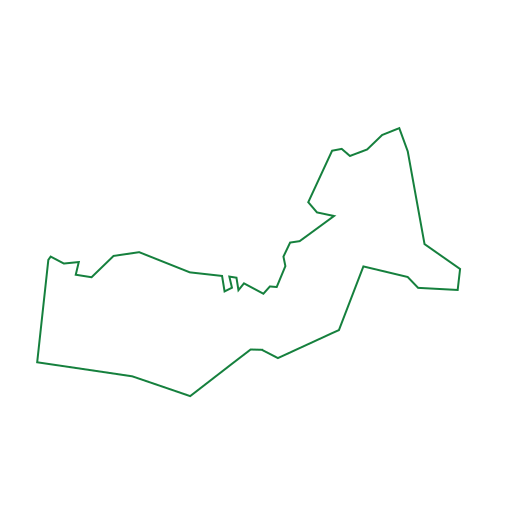 outline of Jur River, Western Bahr el Ghazal, South Sudan, rotated 99°
{"feature_id": "79223893B97545569096613", "entity_name": "Jur River", "entity_type": "district", "adm_level": 2, "iso_a3": "SSD", "parent_name": "South Sudan", "parent_adm1": "Western Bahr el Ghazal", "projection": "orthographic", "projection_center": [27.953, 7.62], "detail": "fine", "context": "isolated", "style": "outline", "palette": "green", "viewbox_px": 512, "rotation_deg": 99, "n_neighbors": 0, "source": "geoboundaries", "source_scale": "gbopen_adm2", "svg_char_len": 760}
<svg xmlns="http://www.w3.org/2000/svg" viewBox="0 0 512 512"><g transform="rotate(99 256 256)"><path d="M236.9,52.4L217.9,91.4L128.9,122.5L107.3,134.5L116.7,150.3L133.4,162.9L142.5,178.9L136.8,188.1L140.1,197.3L194.7,212.8L203.4,202.6L204.3,185.2L234.5,215.2L237.4,224.4L252.3,228.8L261.4,225.4L283.4,230.7L283.9,237.5L292.1,242.8L284.9,263.6L292.5,268.0L280.5,271.9L280.5,279.1L291.1,274.8L295.9,281.5L281.0,286.4L282.5,318.8L270.5,372.0L278.2,396.7L302.7,415.1L302.7,431.1L289.7,430.1L293.5,444.6L288.7,458.7L292.3,460.5L395.2,455.5L394.2,359.4L404.7,299.1L366.9,263.5L349.2,246.7L347.7,235.4L347.8,235.4L353.4,218.4L320.5,169.1L316.2,162.5L249.5,148.3L253.0,102.9L262.1,90.9L258.0,51.5L236.9,52.4Z" fill="none" stroke="#15803d" stroke-width="2"/></g></svg>